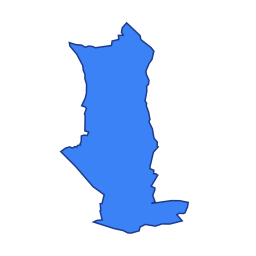 the district of Cork City South Central Lea-6, Cork, Ireland, rotated 188°
{"feature_id": "5873133B95001946419270", "entity_name": "Cork City South Central Lea-6", "entity_type": "district", "adm_level": 2, "iso_a3": "IRL", "parent_name": "Ireland", "parent_adm1": "Cork", "projection": "mercator", "projection_center": [-8.467, 51.868], "detail": "fine", "context": "isolated", "style": "filled", "palette": "blue", "viewbox_px": 256, "rotation_deg": 188, "n_neighbors": 0, "source": "geoboundaries", "source_scale": "gbopen_adm2", "svg_char_len": 1433}
<svg xmlns="http://www.w3.org/2000/svg" viewBox="0 0 256 256"><g transform="rotate(188 128 128)"><path d="M198.0,204.4L197.0,201.2L188.9,193.8L181.5,183.5L180.2,178.6L178.1,175.4L177.5,170.7L175.1,165.5L174.0,156.4L174.5,151.6L177.0,143.6L173.3,142.9L171.9,141.5L173.1,135.9L172.2,134.6L170.3,119.1L166.3,118.5L167.4,114.8L170.3,114.9L173.1,113.6L172.5,108.0L173.2,105.6L172.6,104.7L175.6,103.6L176.2,102.0L178.3,102.1L180.2,100.3L183.0,101.2L187.0,99.4L191.3,95.3L174.6,82.7L154.5,65.1L142.3,58.6L143.2,49.5L145.0,49.2L143.5,42.8L144.2,42.1L140.8,33.4L146.3,32.0L149.1,30.1L127.7,26.5L118.6,25.8L113.6,24.1L110.2,24.4L102.7,27.7L102.3,31.6L97.4,34.9L87.1,34.7L81.2,37.7L73.1,38.8L61.4,43.6L67.7,49.0L65.0,50.8L61.6,50.9L59.8,51.9L58.1,58.0L58.0,62.7L66.9,63.2L75.0,62.1L94.4,56.5L91.0,58.8L94.1,64.6L92.8,70.8L93.0,72.3L97.0,73.5L92.0,85.4L94.2,86.6L96.3,86.2L96.6,89.8L100.7,90.8L100.8,93.1L99.5,107.5L95.5,113.5L96.6,114.1L97.1,118.2L100.8,121.4L103.8,130.7L107.6,136.3L108.1,138.2L107.4,139.4L109.8,146.5L113.0,152.6L113.0,155.0L114.9,157.2L114.5,167.0L115.3,171.9L113.8,174.1L113.9,178.1L117.4,183.8L118.2,187.1L116.1,194.9L113.8,199.3L113.1,207.7L116.3,210.8L127.7,217.4L128.8,221.1L144.0,231.9L147.6,226.5L147.8,221.7L145.6,219.1L150.4,218.4L149.5,214.4L155.8,211.9L155.9,207.4L171.5,202.9L174.6,203.8L178.6,203.6L181.5,202.0L185.4,203.6L191.6,203.3L198.0,204.4Z" fill="#3b82f6" stroke="#1e3a8a" stroke-width="1.5"/></g></svg>